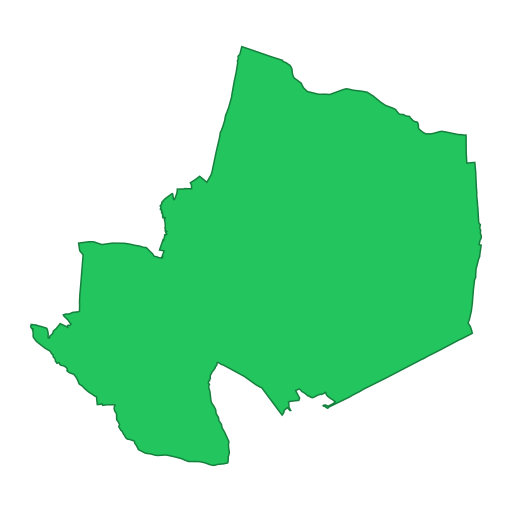 Preutesti, Suceava, Romania
{"feature_id": "2599482B63843980384548", "entity_name": "Preutesti", "entity_type": "district", "adm_level": 2, "iso_a3": "ROU", "parent_name": "Romania", "parent_adm1": "Suceava", "projection": "mercator", "projection_center": [26.401, 47.454], "detail": "fine", "context": "isolated", "style": "filled", "palette": "green", "viewbox_px": 512, "rotation_deg": 0, "n_neighbors": 0, "source": "geoboundaries", "source_scale": "gbopen_adm2", "svg_char_len": 5981}
<svg xmlns="http://www.w3.org/2000/svg" viewBox="0 0 512 512"><path d="M282.1,415.1L283.6,413.0L284.4,410.1L287.5,407.7L290.0,410.6L290.7,410.5L289.1,407.5L288.9,406.5L288.9,404.5L288.6,401.9L290.3,401.3L298.8,400.4L299.6,398.1L295.6,390.6L299.4,388.8L301.9,391.5L304.8,393.2L308.1,396.0L309.5,396.1L310.1,396.9L312.2,397.7L313.5,397.4L318.3,394.9L320.2,394.4L321.5,394.4L323.5,393.6L325.5,392.3L325.7,392.5L326.0,393.9L326.7,395.2L327.8,396.4L330.3,398.3L332.8,399.8L335.2,401.7L335.2,402.0L334.6,402.5L332.8,403.8L328.1,406.2L325.5,405.0L323.7,405.2L323.1,405.8L323.3,406.0L324.8,406.4L326.5,407.7L327.5,408.2L328.0,408.1L329.0,407.0L349.1,397.2L353.4,394.7L359.4,391.7L363.9,389.0L385.4,378.3L421.7,359.4L423.8,358.5L427.2,356.5L439.9,350.1L459.3,339.8L461.9,338.7L472.3,333.3L471.8,331.0L470.3,326.5L468.8,324.2L468.2,322.9L468.6,321.5L469.3,319.8L471.3,311.3L472.3,303.6L473.5,288.7L474.6,279.6L475.4,278.1L475.7,277.1L475.7,274.8L476.1,268.4L476.6,267.1L478.5,259.4L479.7,256.5L479.8,254.9L480.2,251.7L481.2,245.2L479.1,244.6L480.0,240.4L481.0,238.6L481.3,237.2L481.1,235.2L480.5,233.8L480.4,232.9L480.6,230.1L479.8,228.5L479.8,227.9L480.1,225.5L480.4,224.8L478.9,222.9L478.7,222.3L477.8,207.3L477.3,203.6L477.5,203.6L476.7,195.6L476.8,192.9L476.3,186.4L475.7,172.2L474.8,162.4L466.8,163.1L466.2,152.6L466.1,139.4L466.2,137.6L465.9,134.9L464.6,135.3L462.0,134.7L458.0,134.5L446.0,132.0L441.8,131.3L440.1,131.5L433.4,133.4L431.1,133.8L425.9,133.9L422.9,132.3L419.6,129.6L418.9,128.9L418.4,127.2L418.4,124.9L417.6,122.4L416.6,121.9L415.2,121.7L413.2,120.8L411.1,118.5L410.7,118.2L409.4,116.4L406.2,116.0L405.2,115.7L403.8,114.6L399.9,114.3L398.8,113.7L395.4,109.4L393.3,108.3L385.5,105.4L380.7,102.2L372.8,95.7L372.2,95.4L367.2,92.2L361.8,91.2L353.2,90.2L348.2,89.0L346.2,88.8L343.7,89.4L329.7,94.5L325.4,94.2L318.9,94.3L307.3,91.5L303.7,88.0L302.5,86.0L301.4,83.5L300.9,82.9L294.3,78.1L293.5,76.8L292.9,75.4L292.2,72.3L292.1,70.0L291.8,68.6L290.8,66.6L290.1,65.5L285.8,62.5L283.8,61.9L282.9,61.4L282.5,60.8L282.5,60.3L271.1,56.7L241.8,46.6L239.8,54.4L239.5,54.9L238.6,55.4L238.0,56.7L238.4,58.6L237.4,60.9L237.7,62.6L236.2,72.2L234.1,82.0L231.7,95.7L231.6,97.0L228.5,108.1L227.7,109.8L227.0,112.0L225.8,114.8L225.3,116.7L224.7,120.5L222.6,127.2L221.2,130.8L220.4,132.2L219.5,137.7L216.3,151.4L212.0,171.9L211.3,174.3L210.1,176.6L206.8,182.3L204.1,179.9L199.6,176.3L195.6,179.4L190.3,182.8L191.5,185.0L191.5,188.8L184.5,188.6L183.9,189.0L177.3,189.1L177.2,191.0L176.9,193.0L175.2,197.9L174.3,199.5L174.0,199.7L173.6,199.5L172.7,194.1L172.5,193.6L172.1,193.6L165.8,198.2L164.4,199.4L161.8,202.4L161.6,204.5L160.3,205.5L160.2,206.1L160.8,206.6L160.9,207.1L160.9,207.7L160.3,209.2L160.4,209.4L160.9,209.2L161.3,209.5L161.4,210.3L161.5,210.6L161.8,210.9L161.5,211.9L162.4,212.4L162.4,212.7L161.9,213.0L162.1,213.7L162.9,214.7L162.9,215.1L162.6,215.6L162.6,216.1L163.0,216.6L162.7,217.2L162.7,217.6L164.7,217.5L165.2,217.7L165.2,218.4L164.3,218.8L164.6,220.8L165.2,222.8L165.1,223.6L165.3,226.0L165.2,227.1L164.9,227.8L165.0,228.3L165.4,228.7L165.4,229.2L165.2,230.3L165.2,230.9L165.3,231.1L166.2,230.9L166.6,231.1L166.8,231.4L166.6,231.7L165.8,232.1L165.7,232.4L165.9,233.0L166.8,234.0L166.8,234.4L166.6,234.6L164.7,234.8L164.6,236.2L163.7,240.2L163.1,239.7L159.5,250.0L164.1,250.9L162.0,256.7L162.7,257.0L161.9,258.2L161.2,257.8L159.1,257.8L156.7,256.7L154.3,256.4L152.2,253.4L150.3,251.7L147.2,248.5L146.5,247.8L145.7,247.4L143.7,247.4L139.7,246.1L134.3,245.2L130.2,244.2L124.8,243.3L112.5,243.1L102.4,244.5L101.4,244.4L94.0,241.9L91.6,241.7L88.5,241.8L78.6,243.1L79.6,250.0L80.0,251.1L80.9,252.2L81.5,252.7L83.1,255.0L80.4,288.6L79.9,293.9L79.5,301.6L79.6,304.5L79.5,311.1L78.3,311.8L72.6,312.4L69.5,313.9L65.5,314.1L63.3,314.9L63.8,315.9L68.2,320.2L69.8,322.8L71.1,323.9L69.8,325.5L68.8,325.2L68.1,325.2L67.6,325.8L67.5,326.3L67.7,327.2L60.2,323.6L59.6,324.2L59.1,325.1L56.1,328.7L53.4,331.0L52.7,333.5L49.9,336.1L49.5,337.7L49.2,338.1L48.4,338.0L48.1,337.7L48.2,333.9L48.0,332.5L47.5,330.2L47.1,329.0L46.6,328.2L40.8,326.4L36.9,325.5L36.7,325.1L31.3,324.5L31.4,324.8L31.3,325.2L30.8,325.8L30.7,326.7L31.6,328.5L31.9,328.7L32.8,328.6L33.1,328.8L32.5,330.3L33.1,331.8L33.2,333.3L33.1,336.1L33.4,337.4L36.6,341.6L45.0,348.2L50.1,351.1L51.6,353.7L53.0,354.9L53.2,356.7L53.7,357.4L54.8,358.4L55.2,359.4L55.4,360.9L56.8,363.2L57.3,363.3L58.9,362.5L60.1,364.8L61.4,365.4L63.2,365.7L65.7,367.0L67.1,368.5L67.4,369.1L66.9,370.7L67.8,371.6L69.7,372.8L73.8,374.3L76.5,377.8L78.1,381.2L79.0,383.7L79.7,384.4L82.0,385.8L85.1,389.0L88.4,391.8L93.5,395.1L94.6,396.0L96.1,396.5L96.5,397.3L97.3,404.6L100.5,404.3L101.9,403.7L102.6,405.3L106.9,404.8L114.8,404.8L115.0,405.0L115.0,405.6L114.3,406.9L114.1,408.7L114.4,409.8L114.7,410.9L115.5,412.1L116.5,413.9L116.6,415.5L116.6,418.6L116.9,420.1L118.7,422.6L119.3,424.0L119.5,424.6L119.4,425.4L118.9,426.2L118.8,426.8L120.9,430.3L121.7,430.9L122.2,431.4L123.6,434.3L124.7,435.5L125.0,436.5L126.2,438.2L127.4,439.1L128.2,439.3L129.5,439.4L132.3,440.4L133.8,440.7L134.3,441.3L134.8,443.2L136.4,445.5L138.1,448.8L138.4,449.6L145.2,453.1L147.8,453.6L150.2,453.8L155.2,455.2L157.5,455.5L165.7,455.0L167.7,455.3L175.4,457.0L181.6,458.7L184.5,460.0L188.4,461.5L198.5,461.6L201.0,461.9L204.8,462.8L210.0,464.7L212.9,465.3L214.3,465.4L217.6,464.4L223.9,463.8L227.7,462.9L228.1,461.5L228.3,456.5L229.3,453.1L229.3,451.8L228.8,449.1L228.4,444.9L228.9,441.6L224.8,432.6L222.4,428.3L221.9,427.0L221.7,425.6L221.3,424.1L218.9,420.6L218.6,418.1L218.4,417.3L216.1,413.5L215.7,409.8L214.5,407.3L211.5,402.6L211.2,401.7L210.8,399.3L209.9,391.4L208.6,387.0L209.0,385.4L209.5,384.6L209.4,384.2L208.5,383.5L208.5,383.0L208.4,382.6L208.6,381.4L209.6,380.7L209.4,379.7L210.3,378.8L210.4,378.4L210.2,377.7L210.3,375.4L211.1,374.0L212.0,372.1L213.2,370.7L215.1,368.0L215.4,366.8L216.8,365.1L217.0,362.8L217.5,362.5L218.4,362.6L221.8,364.6L223.3,365.0L244.3,376.4L256.0,384.8L259.9,387.0L261.7,387.7L282.1,415.1Z" fill="#22c55e" stroke="#15803d" stroke-width="1.5"/></svg>